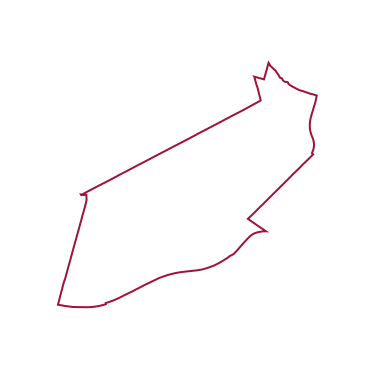 Vincent, Western Australia, Australia (Natural Earth projection), rotated 286°
{"feature_id": "25037944B82328591625586", "entity_name": "Vincent", "entity_type": "district", "adm_level": 2, "iso_a3": "AUS", "parent_name": "Australia", "parent_adm1": "Western Australia", "projection": "natural_earth1", "projection_center": [115.863, -31.931], "detail": "fine", "context": "isolated", "style": "outline", "palette": "rose", "viewbox_px": 384, "rotation_deg": 286, "n_neighbors": 0, "source": "geoboundaries", "source_scale": "gbopen_adm2", "svg_char_len": 4502}
<svg xmlns="http://www.w3.org/2000/svg" viewBox="0 0 384 384"><g transform="rotate(286 192 192)"><path d="M306.8,228.3L304.9,229.3L304.3,229.7L299.2,232.7L298.5,232.5L294.7,228.6L292.0,225.9L286.9,220.7L283.7,217.5L283.5,217.2L281.4,215.0L280.8,214.4L280.1,213.5L278.6,212.0L278.2,211.6L276.4,209.6L274.2,207.4L273.4,206.6L273.2,206.4L271.8,204.9L271.4,204.4L268.0,201.0L264.4,197.2L260.7,193.3L254.3,186.6L248.8,180.8L246.9,178.9L242.0,173.8L238.1,169.7L234.1,165.5L230.4,161.5L230.1,161.2L229.5,160.6L225.5,156.4L221.8,152.5L218.4,148.9L213.5,143.8L210.9,141.1L205.3,135.2L204.4,134.2L199.8,129.4L199.3,128.9L197.1,126.6L192.8,122.1L187.4,116.4L186.2,115.3L184.5,113.5L184.2,113.2L176.3,104.9L176.2,104.7L175.9,104.4L169.2,97.3L168.9,97.0L168.5,96.6L163.5,91.3L159.3,87.0L159.1,85.9L158.5,86.5L160.2,91.2L156.4,92.5L155.4,92.8L153.6,93.0L151.0,93.1L146.0,93.2L141.1,93.2L137.4,93.2L136.1,93.3L135.9,93.3L131.3,93.3L126.4,93.4L124.4,93.4L121.0,93.4L115.7,93.5L111.5,93.5L109.9,93.5L100.6,93.6L96.3,93.7L83.1,93.8L78.1,93.9L77.8,93.9L76.9,93.9L73.9,94.0L72.0,93.8L71.0,93.8L70.8,93.8L70.4,93.7L70.1,93.7L67.6,93.7L66.1,93.7L64.9,93.7L64.5,93.9L64.3,93.9L58.1,93.9L56.8,94.0L55.0,94.0L50.0,94.2L46.7,94.2L47.3,99.7L47.3,100.3L47.7,103.1L48.0,104.8L48.1,106.0L48.4,107.5L48.6,109.0L49.0,110.4L49.3,111.8L49.6,112.8L49.9,114.1L50.2,115.3L51.3,119.1L51.8,121.0L52.2,122.5L52.7,124.1L53.5,126.5L54.5,129.0L55.4,131.1L56.7,133.8L57.8,135.9L58.9,137.6L59.9,139.5L60.3,140.1L61.5,139.6L62.7,141.6L65.8,145.9L67.1,147.6L67.4,147.9L69.7,150.7L72.2,153.4L75.3,156.7L80.8,162.9L81.4,163.4L84.7,167.0L90.1,172.7L100.4,184.3L103.0,187.9L105.4,191.4L107.0,194.0L107.8,195.4L109.3,198.1L110.6,200.6L111.8,203.2L114.2,208.9L115.4,211.9L117.0,215.7L118.1,218.5L118.3,218.9L118.8,219.9L119.0,220.2L119.1,220.6L120.3,223.0L122.4,226.5L123.9,228.7L126.9,232.8L128.4,234.6L130.2,236.5L132.1,238.5L138.6,244.4L141.0,246.1L143.5,248.9L144.6,249.5L148.1,251.4L153.4,253.8L156.5,255.3L160.5,257.3L162.6,258.4L165.0,259.7L167.6,261.5L169.3,263.2L171.1,265.7L172.3,267.9L173.2,269.9L174.0,271.8L174.6,274.0L175.8,270.4L178.0,263.6L179.7,258.7L181.6,253.1L184.8,255.0L186.8,256.2L192.5,259.4L192.7,259.5L196.2,261.4L198.1,262.5L200.6,264.0L203.9,265.8L212.7,270.7L215.5,272.3L219.9,274.8L220.0,274.8L224.5,277.3L228.9,279.8L233.5,282.3L237.7,284.6L243.4,287.9L245.5,289.1L248.7,290.8L252.0,292.7L255.3,294.6L261.6,298.1L262.4,296.6L264.1,296.8L265.1,296.8L266.2,296.9L267.4,296.9L269.0,296.7L270.1,296.5L271.2,296.2L272.2,295.9L273.6,295.2L274.8,294.7L276.0,293.9L277.2,293.0L280.0,290.9L281.5,289.9L283.1,289.0L285.4,287.9L287.4,287.2L289.4,286.6L290.9,286.3L293.2,285.9L295.5,285.7L297.6,285.7L300.0,285.6L303.3,285.7L306.4,285.7L308.7,285.8L313.3,285.8L319.1,285.3L319.2,284.2L319.2,283.9L319.2,283.7L319.2,283.4L319.2,282.6L319.2,282.3L319.2,282.1L319.2,281.6L319.2,281.3L319.2,279.9L319.1,279.7L319.1,279.4L319.1,279.1L319.1,278.9L319.1,278.6L319.1,278.3L319.1,278.1L319.1,277.7L319.2,277.4L319.2,277.2L319.2,276.7L319.3,276.1L319.3,275.9L319.3,275.2L319.3,274.7L319.3,274.3L319.3,274.0L319.4,273.7L319.4,272.7L319.4,272.0L319.4,271.8L319.5,271.5L319.5,271.3L319.5,270.8L319.5,270.5L319.5,270.1L319.5,269.7L319.5,268.1L319.6,266.6L319.6,266.4L320.0,264.6L320.1,264.1L320.1,263.8L320.2,263.3L320.3,263.1L320.3,262.9L320.4,262.4L320.5,262.0L320.6,261.8L320.6,261.5L320.9,260.1L321.2,258.8L321.4,258.3L321.7,256.9L321.8,256.7L322.0,256.1L322.2,255.7L322.3,255.5L322.3,255.3L322.5,255.1L322.6,254.9L323.0,254.6L323.5,254.3L323.7,254.1L323.8,253.9L323.9,253.7L323.9,253.3L323.9,252.8L323.7,252.3L323.6,251.6L323.6,251.3L323.6,251.0L323.7,250.2L323.8,250.0L323.8,249.8L323.9,249.6L324.0,249.4L324.1,249.2L324.7,248.4L324.9,248.2L325.0,248.0L325.5,247.6L325.7,247.4L326.1,246.9L326.1,246.7L326.1,246.4L326.0,245.9L326.0,245.5L326.2,245.0L326.3,244.9L327.3,244.0L327.8,243.4L327.9,243.2L328.1,243.1L328.2,242.9L328.4,242.8L328.5,242.6L328.7,242.4L328.8,242.3L329.4,241.7L329.5,241.5L329.6,241.4L329.7,241.2L329.8,241.0L329.9,240.8L330.1,240.6L330.3,240.4L330.8,239.9L331.7,238.9L331.9,238.5L332.2,237.8L332.2,237.6L332.3,237.4L332.4,237.0L332.6,236.8L332.9,236.4L333.0,236.1L333.5,235.3L333.7,234.8L334.0,234.3L334.7,232.8L334.8,232.5L335.1,232.1L335.3,232.0L335.5,231.8L335.7,231.7L337.1,230.3L337.2,230.1L337.3,230.0L333.9,230.0L331.5,230.1L327.0,230.1L320.1,230.1L320.1,227.1L320.1,226.5L320.0,220.1L319.8,220.3L318.0,221.3L313.0,224.3L310.5,226.1L308.1,227.5L306.8,228.3Z" fill="none" stroke="#9f1239" stroke-width="2"/></g></svg>